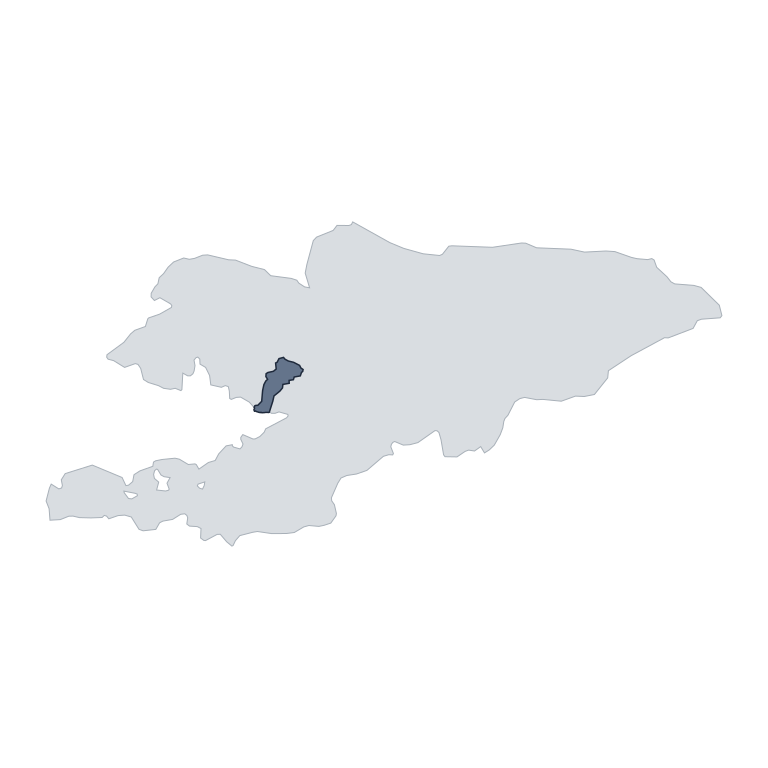 Bazar-Korgon, Jalal-Abad, Kyrgyzstan shown in context
{"feature_id": "92254566B21007604083184", "entity_name": "Bazar-Korgon", "entity_type": "district", "adm_level": 2, "iso_a3": "KGZ", "parent_name": "Kyrgyzstan", "parent_adm1": "Jalal-Abad", "projection": "equal_earth", "projection_center": [72.866, 41.193], "detail": "fine", "context": "in_parent", "style": "filled", "palette": "slate", "viewbox_px": 768, "rotation_deg": 0, "n_neighbors": 0, "source": "geoboundaries", "source_scale": "gbopen_adm2", "svg_char_len": 4525}
<svg xmlns="http://www.w3.org/2000/svg" viewBox="0 0 768 768"><path d="M153.5,462.1L155.6,460.8L162.0,459.5L175.0,458.2L179.4,459.2L188.3,464.5L195.0,463.9L196.3,464.6L198.9,469.1L208.4,462.5L215.2,460.5L218.7,453.9L226.1,445.9L232.3,444.7L232.4,445.9L233.6,447.1L240.0,448.9L242.0,446.8L243.0,444.0L240.8,439.4L240.8,437.4L242.8,434.6L253.0,439.0L255.2,438.9L259.9,436.5L264.2,432.2L265.7,428.8L286.6,417.8L288.1,415.9L287.8,414.4L279.0,411.9L275.1,413.3L271.4,413.3L269.2,411.7L258.6,411.1L256.3,410.0L249.3,402.1L240.6,397.1L236.3,397.4L231.3,399.4L229.7,398.5L229.3,391.0L228.3,386.6L225.3,385.6L221.4,387.3L210.8,384.9L209.6,375.5L205.6,367.4L200.0,364.1L199.8,359.1L197.8,357.1L196.1,357.6L194.0,360.1L195.0,365.6L194.1,371.0L192.9,373.8L190.4,375.8L187.6,375.8L182.8,373.1L181.9,389.6L180.9,390.6L175.2,388.3L170.5,389.3L163.6,388.3L158.4,385.6L148.3,382.5L143.5,379.5L140.7,368.4L138.0,364.4L135.3,363.6L124.6,367.4L113.6,360.6L108.1,359.2L106.7,357.2L107.0,354.7L123.9,342.3L130.6,333.9L134.8,330.3L145.4,326.5L147.8,318.8L148.7,317.9L159.5,314.2L171.5,307.4L171.8,305.5L170.6,303.9L159.9,297.7L154.4,300.5L151.1,296.9L151.2,293.3L154.9,286.9L157.9,283.8L159.2,277.7L163.6,273.6L168.1,267.2L173.6,262.0L183.7,258.0L189.3,259.3L194.5,258.4L202.7,255.2L207.7,254.9L228.6,259.8L235.5,260.1L251.8,266.4L264.5,269.6L270.7,275.7L291.2,278.4L296.8,280.2L298.8,283.1L304.6,286.9L309.6,287.8L305.2,273.1L306.9,264.4L313.3,240.6L316.6,237.1L333.2,230.4L337.0,225.4L348.9,225.5L351.4,224.6L352.7,221.9L389.8,242.6L403.8,248.4L423.2,253.8L439.6,255.5L442.4,254.3L448.8,246.2L451.9,245.8L492.5,247.3L521.5,243.0L525.7,243.2L536.6,247.8L571.0,249.2L584.5,252.1L605.9,251.0L614.9,251.6L631.4,257.4L637.1,258.7L647.7,259.6L651.8,258.6L654.1,260.0L656.7,267.3L667.0,276.8L670.9,281.8L674.7,283.9L693.8,285.4L701.1,287.4L719.3,305.2L721.9,315.6L720.2,317.8L701.5,319.2L697.3,320.7L693.1,328.4L668.2,337.9L664.5,337.7L631.3,355.6L608.4,370.7L607.7,377.9L594.4,394.5L584.2,396.5L575.5,396.1L561.3,401.2L542.9,399.4L536.7,399.7L524.6,397.4L519.8,398.6L514.7,402.0L507.9,415.3L505.0,418.4L503.8,421.4L502.8,427.8L500.2,434.7L494.3,445.1L489.3,449.9L484.5,452.9L480.7,446.6L474.5,451.0L468.6,450.1L465.1,451.4L457.0,456.9L445.0,456.7L443.6,454.8L441.0,439.6L438.9,432.4L437.1,430.8L435.0,430.6L417.9,442.6L409.9,444.7L403.3,445.1L394.7,441.5L392.8,442.4L391.4,444.3L390.8,446.8L393.4,453.5L392.7,454.9L388.8,454.7L383.4,456.3L366.9,470.4L356.5,474.0L346.8,475.5L341.0,478.0L337.8,483.2L331.4,497.8L331.7,500.8L334.4,504.7L336.4,513.5L336.0,515.8L330.8,523.1L324.1,525.3L318.9,526.4L308.9,525.5L303.8,526.9L294.3,532.5L286.5,533.5L271.8,533.6L257.4,531.5L252.6,532.3L239.8,535.6L235.4,540.7L233.1,545.5L231.9,546.1L226.7,541.8L220.3,534.3L217.1,534.4L205.5,540.6L203.8,540.4L200.6,538.0L201.0,528.5L197.3,526.6L189.5,526.1L186.8,524.0L187.7,517.8L186.9,515.5L184.8,513.8L180.7,514.3L172.6,519.4L162.9,521.1L159.6,522.8L155.8,529.4L143.1,530.8L139.0,529.3L131.3,517.0L124.7,515.1L118.0,515.6L108.8,518.8L106.6,516.1L104.3,515.4L102.1,517.5L90.9,517.9L79.5,517.6L73.0,516.1L68.8,516.2L60.3,519.6L50.0,520.2L49.1,508.7L46.1,501.0L49.4,488.2L51.2,484.1L58.8,488.9L61.6,488.0L62.4,485.5L61.3,479.8L65.2,473.6L92.3,465.1L122.1,477.5L125.9,485.6L128.5,485.2L132.7,481.6L134.0,474.7L139.9,470.9L152.8,466.3L153.5,462.1ZM168.6,490.2L169.2,489.1L167.0,483.2L170.1,477.6L164.1,476.7L161.0,475.0L157.6,469.4L156.4,469.1L154.6,470.7L153.6,474.4L154.4,478.4L158.7,482.1L156.6,490.0L165.6,491.0L168.6,490.2ZM137.4,495.7L137.2,494.1L135.1,493.3L123.9,491.1L124.2,492.7L128.5,498.5L131.8,498.9L137.4,495.7ZM204.2,485.6L204.8,481.9L198.1,484.1L197.3,485.9L199.6,488.2L202.5,489.1L204.2,485.6Z" fill="#d9dde1" stroke="#a8b0b8" stroke-width="1"/><path d="M302.7,371.5L303.1,369.5L300.9,368.0L299.6,365.4L293.6,362.3L288.3,361.0L285.0,359.2L283.5,357.4L279.0,358.6L277.1,362.3L275.6,363.0L276.2,369.0L273.4,371.3L267.9,372.5L266.1,373.7L265.9,376.6L267.6,379.3L265.8,381.0L263.9,384.6L262.6,390.6L261.7,401.3L257.8,405.3L255.8,405.4L254.9,405.7L254.1,407.2L254.4,407.6L254.5,408.1L254.5,408.3L254.5,408.6L254.3,408.9L254.2,409.1L253.9,409.8L254.5,411.2L255.6,411.0L255.9,411.3L256.8,411.7L257.6,411.9L258.7,412.3L259.7,412.5L260.7,412.6L261.0,412.3L262.0,412.8L262.4,412.7L264.4,412.6L265.6,412.4L266.5,412.4L267.1,412.4L267.5,412.4L268.8,412.5L269.3,412.2L272.8,401.2L274.0,395.9L279.9,391.1L282.5,387.9L282.9,384.4L289.2,383.3L289.1,380.4L293.4,379.7L294.2,377.0L300.3,375.9L301.5,372.4L302.7,371.5Z" fill="#64748b" stroke="#1e293b" stroke-width="1.5"/></svg>